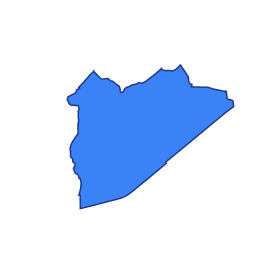 Zaanstad, Noord-Holland, Netherlands, rotated 311°
{"feature_id": "6326949B52425900686836", "entity_name": "Zaanstad", "entity_type": "district", "adm_level": 2, "iso_a3": "NLD", "parent_name": "Netherlands", "parent_adm1": "Noord-Holland", "projection": "natural_earth1", "projection_center": [4.764, 52.469], "detail": "fine", "context": "isolated", "style": "filled", "palette": "blue", "viewbox_px": 256, "rotation_deg": 311, "n_neighbors": 0, "source": "geoboundaries", "source_scale": "gbopen_adm2", "svg_char_len": 5265}
<svg xmlns="http://www.w3.org/2000/svg" viewBox="0 0 256 256"><g transform="rotate(311 128 128)"><path d="M141.4,64.4L140.4,64.5L140.0,64.6L139.4,64.6L135.5,64.4L135.2,64.4L134.9,64.5L134.7,64.5L134.1,64.6L133.5,64.5L132.9,64.4L130.3,64.3L129.3,64.3L128.8,64.3L126.3,64.2L126.3,64.6L126.3,64.9L126.4,65.2L126.4,65.3L126.2,65.3L125.9,65.3L125.6,65.2L124.7,64.8L123.9,64.5L123.3,64.3L122.9,64.2L122.7,64.3L122.1,64.7L121.2,65.1L121.0,65.3L120.7,65.5L118.2,64.7L117.3,64.3L116.2,63.8L115.2,63.4L114.7,63.3L114.4,63.2L113.5,62.8L112.3,62.3L112.1,62.3L111.9,62.3L111.6,62.6L110.8,62.9L109.4,63.7L109.3,63.8L109.0,64.4L108.8,65.3L108.8,65.7L108.7,66.1L108.1,66.7L107.9,67.1L107.7,67.6L107.8,68.3L107.7,68.6L107.7,68.9L107.8,69.8L108.4,70.8L108.6,71.0L108.8,71.4L108.9,71.6L109.7,72.4L109.9,72.5L110.1,72.7L110.2,72.8L110.3,72.9L110.4,73.4L110.5,73.6L110.9,73.9L111.1,74.1L111.2,74.4L112.3,75.7L110.2,78.6L110.0,78.8L109.5,79.0L108.3,79.2L108.2,79.2L108.0,79.4L107.6,79.7L107.3,80.2L107.0,80.4L106.7,80.6L106.4,81.0L106.0,81.3L105.7,81.6L105.3,81.9L104.7,82.4L104.2,82.7L103.7,83.2L103.5,83.4L102.7,84.2L102.6,84.4L102.5,84.6L102.4,84.7L102.0,85.2L101.5,85.6L101.1,85.9L100.3,86.4L100.5,86.4L100.6,86.6L100.8,86.7L100.0,86.7L99.9,86.7L99.5,87.0L99.2,87.2L98.8,87.6L98.0,88.1L97.8,88.3L97.7,88.3L97.6,88.2L96.5,88.9L96.3,89.2L96.0,89.5L94.9,90.4L94.8,90.5L94.1,91.2L93.8,91.4L93.5,91.8L93.1,92.1L93.0,92.3L92.7,92.6L92.0,93.2L91.7,93.5L89.5,94.2L87.9,94.3L82.6,94.9L81.6,95.1L80.8,95.2L80.6,95.3L78.8,95.8L78.1,96.1L76.9,96.5L76.6,96.6L75.5,97.3L74.9,97.5L74.6,97.9L74.1,98.2L73.8,98.6L73.5,98.9L73.3,99.1L73.1,99.4L73.1,99.5L72.5,100.0L72.2,100.3L72.0,100.5L71.7,100.8L71.4,101.1L70.9,101.7L68.8,103.3L68.6,103.7L68.5,104.1L68.5,104.6L68.6,105.1L68.5,105.5L68.4,105.9L68.3,106.2L68.4,106.3L68.3,106.7L68.1,107.1L68.0,107.3L67.9,107.3L67.6,107.4L67.4,107.5L67.0,108.0L66.5,108.3L66.4,108.4L66.3,108.5L66.2,109.4L66.3,109.8L66.5,110.1L66.6,110.4L66.6,110.6L66.5,110.9L66.4,111.0L66.2,111.3L66.0,111.7L65.9,111.8L65.0,112.5L64.4,112.8L64.2,112.9L63.6,112.9L63.1,112.9L62.8,113.1L62.6,113.1L61.9,113.3L61.7,113.4L61.2,113.8L61.2,114.0L61.2,114.3L61.2,114.6L61.1,114.8L61.0,115.0L60.3,115.7L60.2,116.1L60.0,116.3L60.0,116.5L59.7,117.2L59.4,117.6L59.2,118.4L59.2,118.6L59.2,118.8L59.6,119.2L59.7,119.3L59.8,119.5L59.9,120.0L59.8,120.6L59.8,120.8L59.8,121.0L59.7,121.3L59.2,122.1L58.8,122.7L58.7,123.0L58.5,123.4L58.5,123.5L58.3,123.6L58.2,123.7L57.9,124.2L58.0,124.2L58.4,124.8L58.5,125.1L58.5,125.3L58.1,125.8L57.5,126.4L57.3,126.7L56.6,127.6L55.9,128.5L55.2,129.1L54.1,130.0L53.3,130.5L51.5,131.8L50.6,132.3L49.4,132.9L45.9,134.7L45.3,134.8L45.1,134.8L45.3,135.1L45.5,135.2L45.6,135.6L45.9,136.0L35.9,144.9L50.7,155.2L57.0,159.5L68.2,167.2L69.7,168.2L70.3,168.6L71.7,169.4L72.8,169.9L73.7,170.3L75.3,170.9L77.6,171.7L78.5,171.9L79.3,172.1L82.4,172.8L109.8,177.4L126.4,180.1L126.7,178.8L131.6,179.6L142.3,181.4L165.1,185.2L181.7,187.9L182.4,188.0L184.6,188.3L186.6,188.7L189.7,189.2L191.7,189.6L203.0,191.4L205.7,191.9L207.2,192.3L209.0,192.7L213.5,193.7L216.9,189.8L217.0,189.6L217.1,189.3L217.3,188.9L217.3,188.6L217.2,188.3L217.2,188.1L217.1,187.9L215.6,185.4L215.5,185.1L215.3,184.8L215.3,184.6L215.2,184.3L215.3,183.9L215.4,183.6L215.5,183.3L215.8,182.9L219.8,178.5L220.0,178.2L220.0,177.9L220.1,177.6L220.0,177.4L220.0,177.0L219.9,177.2L220.0,177.2L219.9,177.2L219.7,177.1L219.4,177.1L219.1,177.3L218.8,176.7L217.1,173.4L215.0,169.6L214.4,168.6L213.6,167.1L213.4,166.8L213.0,166.1L212.7,165.3L211.8,163.2L211.4,162.1L211.1,161.5L210.5,160.7L208.3,158.2L205.9,155.3L205.5,154.8L205.2,154.4L203.9,152.8L202.5,151.2L201.1,149.4L200.7,149.0L201.5,148.5L202.8,147.7L202.2,146.6L202.1,146.2L202.2,145.1L202.5,144.1L202.6,143.7L202.9,143.3L204.2,142.1L204.9,141.3L205.4,140.6L205.9,139.8L206.2,139.8L206.6,138.4L207.6,135.1L207.9,134.2L207.8,133.9L208.8,130.7L208.6,130.6L208.9,129.8L210.0,126.2L207.7,126.0L204.1,125.8L203.8,125.7L202.7,125.3L202.0,125.0L200.7,124.3L200.3,124.2L200.0,123.9L199.8,123.7L198.0,120.9L197.5,120.3L197.1,119.9L196.0,118.8L195.8,118.5L195.3,117.8L195.1,117.3L194.5,115.8L194.3,115.2L194.6,114.6L194.9,114.3L192.6,114.0L185.1,112.9L174.8,110.8L173.4,110.3L172.9,110.1L172.4,109.8L172.3,109.7L172.1,109.8L170.7,109.1L170.2,107.9L170.0,107.1L169.9,106.9L169.7,106.7L169.4,106.6L168.9,106.3L167.8,106.0L166.9,105.7L162.8,102.6L161.0,102.1L160.0,101.7L159.0,101.1L157.9,100.4L157.4,100.2L157.0,100.1L156.1,100.0L155.1,99.9L154.8,100.0L153.7,100.3L152.6,100.5L151.9,100.4L151.6,100.4L151.3,100.3L151.2,100.2L150.9,100.0L150.8,99.9L150.5,99.6L150.4,99.2L150.3,98.9L150.4,98.7L151.1,97.8L152.2,96.4L153.2,95.0L153.3,94.8L153.5,94.4L153.7,94.0L153.7,93.5L153.7,93.3L153.7,92.7L153.4,91.3L153.3,90.5L153.3,90.0L153.3,89.4L153.3,88.2L153.2,87.2L153.2,85.7L152.9,85.2L152.6,84.7L152.4,84.4L152.2,84.1L152.2,83.8L152.1,83.7L152.1,83.3L152.1,82.9L152.2,82.3L152.2,81.8L152.2,81.4L152.2,81.2L152.3,80.9L152.2,80.7L152.0,80.2L151.2,79.3L150.6,78.9L149.1,77.7L148.5,77.2L148.2,76.7L147.9,76.2L147.5,75.1L147.5,74.9L147.5,73.6L147.5,72.4L147.6,71.6L147.8,70.1L148.0,67.7L148.0,67.4L148.1,67.2L148.0,66.9L147.9,66.6L147.8,66.2L147.9,65.9L148.0,65.6L148.2,65.3L148.6,64.8L147.1,64.9L146.4,64.8L141.4,64.4Z" fill="#3b82f6" stroke="#1e3a8a" stroke-width="1.5"/></g></svg>